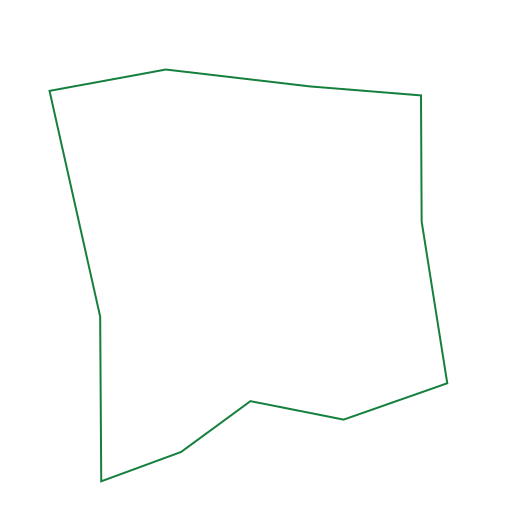 an SVG outline of Praslin, rotated 171°
{"feature_id": "LCA-5084", "entity_name": "Praslin", "entity_type": "Quarter", "adm_level": 1, "iso_a3": "LCA", "parent_name": "Saint Lucia", "parent_adm1": "", "projection": "mercator", "projection_center": [-60.926, 13.871], "detail": "fine", "context": "isolated", "style": "outline", "palette": "green", "viewbox_px": 512, "rotation_deg": 171, "n_neighbors": 0, "source": "natural_earth", "source_scale": "10m", "svg_char_len": 314}
<svg xmlns="http://www.w3.org/2000/svg" viewBox="0 0 512 512"><g transform="rotate(171 256 256)"><path d="M444.1,57.7L419.4,220.5L434.1,451.4L316.0,454.3L176.0,415.0L67.9,388.8L87.0,264.2L87.0,211.8L87.0,100.4L195.1,80.7L284.2,113.5L360.6,74.2L444.1,57.7Z" fill="none" stroke="#15803d" stroke-width="2"/></g></svg>